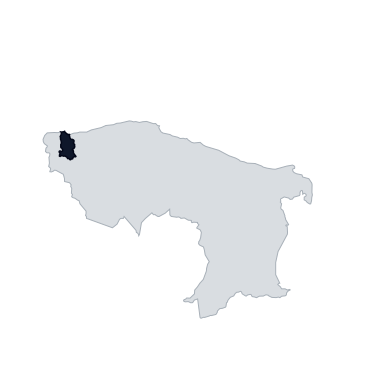 where Moquegua sits in Peru, rotated 139°
{"feature_id": "PER-574", "entity_name": "Moquegua", "entity_type": "Department", "adm_level": 1, "iso_a3": "PER", "parent_name": "Peru", "parent_adm1": "", "projection": "orthographic", "projection_center": [-70.819, -16.889], "detail": "fine", "context": "in_parent", "style": "filled", "palette": "ink", "viewbox_px": 384, "rotation_deg": 139, "n_neighbors": 0, "source": "natural_earth", "source_scale": "10m", "svg_char_len": 6075}
<svg xmlns="http://www.w3.org/2000/svg" viewBox="0 0 384 384"><g transform="rotate(139 192 192)"><path d="M269.8,114.5L269.7,115.5L268.5,116.0L267.3,115.3L265.6,115.5L263.1,113.2L257.0,113.5L254.3,116.2L250.2,116.8L245.8,118.0L240.8,118.6L233.0,122.9L231.2,124.7L227.6,127.2L224.7,128.1L223.3,135.9L220.5,140.5L219.4,143.0L221.0,146.7L221.0,148.6L219.4,150.1L218.1,150.3L215.4,151.9L211.4,155.4L210.7,158.1L212.1,161.6L211.6,162.0L208.3,162.7L208.4,164.6L207.8,165.4L210.5,168.1L212.1,168.8L212.2,169.5L211.9,170.2L211.3,170.5L211.3,171.2L213.3,173.2L214.8,177.4L217.7,179.4L217.8,180.7L218.6,182.1L220.1,183.0L223.7,187.2L223.7,189.2L220.1,193.7L226.1,193.6L232.8,195.1L233.7,195.8L234.5,197.8L234.6,199.1L236.0,200.2L235.9,202.6L244.6,202.6L250.3,202.0L259.4,194.5L260.9,193.9L260.1,195.5L260.0,196.7L260.5,198.0L259.4,199.8L259.3,218.1L261.0,217.1L263.1,218.8L264.7,218.9L269.7,216.9L275.5,217.2L288.9,241.3L287.7,242.9L287.8,244.1L286.1,245.2L284.5,247.1L284.3,256.6L282.9,259.5L283.7,261.0L284.4,264.0L285.6,265.9L285.9,267.0L285.8,267.5L283.9,268.5L283.8,270.2L280.4,273.6L279.8,275.9L278.5,276.7L278.3,279.3L281.3,283.5L279.3,286.0L277.5,289.8L280.5,297.7L281.7,298.8L283.0,298.7L285.0,299.4L286.0,300.6L283.6,302.1L283.2,302.7L283.4,305.3L280.7,307.3L277.1,312.2L276.1,312.4L274.3,313.9L274.0,314.7L274.3,315.4L275.8,316.8L276.0,318.7L273.4,320.9L271.6,321.1L270.9,321.7L271.6,324.7L271.6,326.1L271.1,327.7L269.8,329.5L266.0,331.3L262.5,331.6L256.7,327.1L254.8,325.2L249.0,321.3L248.1,317.3L246.1,315.3L242.5,313.9L239.6,311.8L237.5,310.9L232.2,306.3L227.3,304.9L218.3,300.2L213.4,298.7L207.1,294.3L203.7,293.2L200.9,291.1L192.7,286.8L191.4,285.4L190.1,283.3L188.2,282.0L186.1,279.0L183.0,277.3L180.0,275.1L176.3,268.9L174.5,267.5L174.4,264.6L173.1,263.3L174.9,262.3L175.9,257.9L175.3,255.6L170.9,249.8L170.1,247.3L166.9,242.8L165.8,240.1L163.3,238.2L162.2,236.5L160.8,235.8L160.7,233.7L159.7,229.7L158.3,227.7L153.3,224.1L152.7,220.0L151.6,217.2L144.5,206.0L140.3,195.1L136.9,189.1L135.5,185.6L135.3,183.7L132.8,180.5L131.4,177.6L125.7,172.1L122.4,165.9L121.9,164.0L119.6,160.6L116.0,156.3L114.2,154.5L103.5,149.4L98.4,146.3L97.8,144.6L98.0,143.5L99.1,142.5L100.6,143.2L101.5,142.8L102.2,141.5L102.2,139.7L101.2,137.3L97.8,132.8L98.6,130.6L95.1,125.4L95.8,120.1L96.6,118.7L101.7,113.1L103.1,110.8L105.3,109.2L107.5,107.0L110.2,105.2L111.0,105.7L111.9,108.5L111.8,110.4L112.5,112.5L110.7,114.5L108.6,114.2L107.8,114.7L107.5,115.6L107.9,117.1L108.4,117.6L109.9,117.6L107.9,120.5L108.1,121.1L109.5,121.5L110.9,120.7L112.3,119.1L113.2,118.8L118.5,121.3L120.9,120.8L122.8,122.0L123.0,124.0L125.7,127.8L129.6,128.6L130.2,128.2L131.1,126.7L132.0,126.5L132.1,124.3L135.5,121.8L136.0,120.2L135.5,119.1L135.5,118.3L137.5,113.1L138.1,112.5L138.7,110.8L139.4,109.8L140.5,104.0L141.5,104.0L142.4,105.4L143.4,105.0L142.8,103.7L143.0,103.2L146.7,98.5L147.9,97.5L166.1,90.6L175.1,83.9L183.1,74.7L185.6,65.6L186.5,66.2L188.0,65.9L187.5,62.3L187.9,60.5L187.8,60.0L185.3,57.9L184.3,55.5L182.1,54.3L182.2,53.7L184.5,54.2L186.6,53.9L188.4,52.4L189.8,52.5L192.7,54.5L195.0,54.6L195.7,56.0L197.8,57.1L200.9,60.1L202.3,63.5L202.2,64.1L203.6,65.9L206.5,66.7L209.5,69.2L212.6,69.9L214.0,72.2L214.8,72.9L215.2,74.2L214.7,75.7L215.2,76.5L217.5,77.8L219.4,77.9L219.8,78.5L220.9,82.2L220.2,84.2L220.5,85.2L223.0,86.1L223.8,86.9L225.8,87.1L228.7,86.2L232.2,87.4L235.0,86.9L236.2,86.6L237.5,85.7L238.6,85.8L241.4,83.4L242.2,83.1L245.2,84.2L247.7,85.8L250.8,85.5L252.1,84.5L254.3,83.9L258.4,86.0L259.3,86.9L260.4,87.1L264.8,89.1L265.5,89.9L267.8,90.7L268.3,91.4L268.2,92.1L257.9,107.6L261.1,108.9L264.1,108.1L265.6,109.2L266.7,111.7L269.0,113.4L269.8,114.5Z" fill="#d9dde1" stroke="#a8b0b8" stroke-width="1"/><path d="M251.4,323.1L251.0,322.6L250.7,322.4L250.0,322.1L249.5,321.7L249.2,321.5L248.9,321.5L248.4,321.5L248.3,321.4L248.4,321.2L248.6,320.9L248.7,320.6L248.6,320.3L248.5,320.0L248.4,318.4L248.3,318.1L248.1,317.5L248.1,317.0L248.0,316.9L247.9,316.9L247.4,316.3L246.8,315.9L246.7,315.7L247.3,315.3L247.5,315.0L247.7,314.8L247.8,314.3L248.0,314.0L248.4,313.5L248.4,313.4L248.5,313.2L248.8,311.9L248.9,311.7L249.0,311.6L248.9,311.3L248.8,311.1L247.9,310.4L247.7,309.9L247.4,309.4L247.3,309.0L247.3,308.7L247.3,308.4L247.5,308.1L247.6,307.9L248.4,307.2L248.7,307.0L249.2,306.9L249.3,306.8L249.4,306.7L249.5,306.5L249.5,306.0L249.5,305.8L249.4,305.1L249.4,304.9L249.5,304.8L250.0,304.3L250.7,303.2L250.9,303.0L251.1,302.9L251.8,302.5L252.0,302.5L252.5,302.5L253.0,302.4L253.3,302.4L253.4,302.5L253.6,302.7L253.7,302.8L253.8,302.8L254.4,302.5L254.6,302.4L254.7,302.0L254.6,301.8L254.5,301.2L254.6,300.8L254.7,300.6L254.8,300.5L255.4,299.8L255.8,299.3L256.0,298.4L256.2,295.1L256.5,295.0L256.8,295.2L257.0,295.2L257.0,295.3L257.8,295.9L258.2,296.0L258.6,296.1L258.9,296.1L259.3,296.0L259.5,295.8L259.8,295.7L260.4,295.4L261.3,296.0L261.9,296.1L262.1,296.0L262.4,296.0L262.6,296.1L262.8,296.3L262.9,296.5L262.9,297.2L262.9,297.7L263.0,298.0L263.7,298.6L263.9,298.8L263.9,299.0L263.7,299.7L263.6,300.0L263.6,300.3L263.8,301.0L264.1,302.0L264.3,302.5L264.5,302.7L265.1,303.1L265.3,303.2L265.4,303.3L265.6,303.7L265.8,304.1L266.6,304.9L266.8,305.1L267.1,305.2L267.2,305.3L268.2,305.4L268.5,306.0L268.4,306.2L267.8,306.7L267.4,307.1L267.1,307.3L266.6,307.3L266.3,307.5L266.2,307.7L266.1,307.8L266.1,308.2L266.1,308.3L266.1,308.6L266.2,308.8L265.8,309.6L265.4,309.8L265.2,309.8L264.8,309.7L264.6,309.5L264.5,309.3L264.1,308.4L264.0,308.2L263.9,308.1L263.5,308.0L263.2,307.9L262.7,308.0L262.4,308.2L262.0,308.6L261.9,308.7L261.9,308.9L261.8,309.1L261.8,309.3L261.6,309.8L261.5,310.0L261.5,310.3L261.6,310.7L261.6,310.8L261.7,311.1L261.8,311.3L261.7,311.5L261.6,311.9L261.1,312.5L259.9,313.9L259.2,314.2L258.9,314.3L258.6,314.5L258.4,314.6L258.3,314.8L258.1,315.0L258.0,315.4L257.7,315.8L257.1,316.6L256.9,317.4L256.8,317.6L256.7,317.9L256.5,318.2L256.4,318.4L256.3,318.5L255.7,319.0L255.5,319.4L255.2,320.2L255.1,320.3L254.7,320.5L253.2,321.1L252.7,321.5L252.1,321.9L252.0,322.1L251.9,322.2L251.8,322.3L251.6,322.8L251.4,323.0L251.4,323.1Z" fill="#0f172a" stroke="#020617" stroke-width="1.5"/></g></svg>